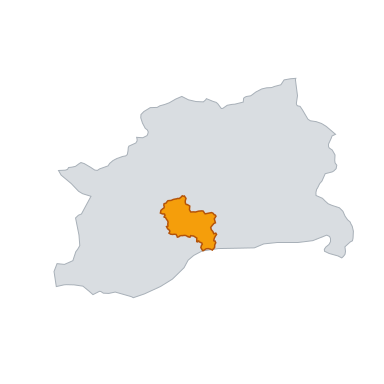 Veliko Tarnovo on a map of Bulgaria (Equal Earth projection), rotated 168°
{"feature_id": "BGR-2249", "entity_name": "Veliko Tarnovo", "entity_type": "Province", "adm_level": 1, "iso_a3": "BGR", "parent_name": "Bulgaria", "parent_adm1": "", "projection": "equal_earth", "projection_center": [25.637, 43.224], "detail": "fine", "context": "in_parent", "style": "filled", "palette": "amber", "viewbox_px": 384, "rotation_deg": 168, "n_neighbors": 0, "source": "natural_earth", "source_scale": "10m", "svg_char_len": 3805}
<svg xmlns="http://www.w3.org/2000/svg" viewBox="0 0 384 384"><g transform="rotate(168 192 192)"><path d="M318.1,240.8L311.4,239.7L309.1,240.0L307.6,241.6L304.5,241.3L300.7,241.3L296.7,243.1L294.5,243.9L291.5,242.2L286.0,237.2L282.6,233.7L280.1,232.8L277.6,233.8L268.7,235.0L266.6,237.1L262.5,239.3L258.4,240.4L252.4,241.2L249.3,241.1L247.5,242.1L246.1,245.4L245.1,248.7L244.2,250.0L236.8,251.6L235.1,253.4L234.7,255.2L234.8,257.0L228.9,255.3L224.3,256.5L223.3,257.8L222.3,259.8L222.8,262.0L224.5,264.0L226.1,269.6L226.7,275.2L225.8,278.4L222.4,280.7L215.3,283.2L208.5,282.0L205.4,283.0L200.4,283.3L195.7,284.0L188.6,286.3L182.1,287.6L176.3,282.9L169.4,279.7L162.2,277.8L159.6,279.2L158.5,280.3L152.5,276.2L149.8,274.7L148.5,273.1L146.0,267.6L144.5,267.4L139.5,269.5L134.7,269.4L131.8,269.0L123.2,269.3L122.0,273.0L120.9,273.6L119.1,274.1L114.5,273.9L108.6,276.6L102.3,278.3L97.4,278.4L92.4,277.6L89.3,278.1L82.8,278.4L78.6,282.5L72.2,282.3L66.8,281.6L67.5,280.3L68.8,264.2L71.5,257.0L71.5,255.5L70.9,254.4L68.5,253.3L66.9,249.4L63.5,239.2L61.5,237.1L55.9,235.0L51.1,232.1L47.0,228.2L39.6,218.6L43.4,217.7L44.6,215.7L48.5,210.5L49.0,207.9L48.6,206.5L46.1,203.9L44.4,198.5L45.8,193.3L46.0,190.7L44.8,188.1L46.2,184.8L48.9,183.1L50.7,182.5L57.9,182.2L62.6,175.7L65.4,173.6L68.3,169.9L69.6,168.6L70.9,165.7L71.4,162.8L65.7,158.7L63.8,155.7L61.4,152.3L58.0,149.9L51.1,145.9L48.4,141.8L47.3,136.5L45.6,132.5L43.6,129.9L43.2,127.8L42.4,125.2L42.3,120.1L44.1,113.3L45.2,110.9L47.5,110.3L53.8,106.6L54.2,102.0L55.3,99.2L57.3,97.5L59.2,96.4L62.5,99.1L70.7,103.4L74.7,106.5L74.5,108.4L72.6,110.3L68.9,112.2L66.8,114.7L66.2,117.8L66.7,119.9L69.2,121.8L84.0,119.3L99.1,120.6L119.2,124.9L132.6,126.3L142.6,124.4L160.9,127.9L178.0,131.2L194.4,132.2L203.5,129.6L210.0,126.1L215.5,119.6L229.2,110.9L242.5,106.1L259.8,102.2L271.4,100.8L273.0,102.2L287.9,110.1L294.5,110.1L299.8,111.5L301.8,113.6L303.1,114.1L310.2,112.2L313.4,116.5L318.3,122.6L326.7,125.7L334.2,127.5L336.5,127.8L344.4,127.7L343.5,142.9L338.9,150.0L331.8,147.7L322.8,149.6L318.1,157.7L315.4,160.1L312.9,162.9L311.5,173.5L311.3,190.8L307.9,192.9L304.7,193.5L291.7,208.8L299.4,213.1L302.8,216.3L308.4,225.4L316.5,235.7L318.1,240.8Z" fill="#d9dde1" stroke="#a8b0b8" stroke-width="1"/><path d="M184.1,131.0L185.9,132.3L187.7,133.2L189.8,133.5L190.9,133.2L192.9,132.4L193.6,132.3L194.0,133.0L194.9,135.8L193.8,137.9L192.8,138.7L193.0,140.1L195.5,141.9L195.6,142.7L196.3,142.8L197.0,142.1L197.7,142.5L197.3,144.3L196.9,146.0L199.6,148.6L202.4,149.6L203.0,148.4L204.2,148.4L204.6,149.1L205.3,149.1L206.1,149.9L207.0,150.7L208.7,151.2L210.4,151.3L211.6,151.6L212.9,151.6L214.3,150.9L215.7,150.9L215.9,152.3L216.4,153.8L218.1,154.4L219.8,154.5L221.7,155.2L223.1,156.6L222.0,157.7L221.9,159.1L223.5,161.1L224.1,163.5L223.4,163.6L222.7,163.6L222.4,164.5L222.4,165.6L221.8,167.0L221.7,168.5L222.3,169.9L222.9,171.3L223.1,172.3L223.7,172.9L224.4,173.1L224.3,173.9L223.2,174.8L223.5,176.2L225.5,176.7L227.3,178.0L226.2,180.5L224.1,181.7L222.9,182.1L222.2,183.2L222.3,185.0L221.7,186.4L220.5,186.4L219.4,186.7L218.4,187.8L217.3,188.5L214.1,188.1L211.9,188.6L209.7,188.6L208.6,188.5L207.6,188.7L206.7,188.5L205.8,188.3L204.0,189.1L203.1,189.8L202.3,190.3L201.5,189.7L200.3,189.7L199.2,187.0L200.3,185.0L200.7,183.6L200.7,181.9L200.1,180.9L199.2,180.7L197.1,178.7L198.2,175.2L197.4,172.7L194.4,172.2L192.9,171.7L189.5,171.9L186.3,171.5L185.0,171.0L184.4,169.3L183.7,167.9L177.1,167.8L175.8,166.8L175.0,165.2L173.9,164.5L173.6,163.3L175.8,161.1L175.5,157.0L176.5,156.8L177.4,156.5L178.2,155.8L179.1,155.2L181.1,153.4L180.9,151.0L179.8,149.0L179.4,146.7L177.3,146.8L176.8,145.4L178.3,144.0L179.7,142.3L180.8,140.1L180.5,139.4L179.7,139.3L179.3,137.4L180.7,135.7L181.4,133.1L182.6,132.1L183.9,131.3L184.1,131.0Z" fill="#f59e0b" stroke="#b45309" stroke-width="1.5"/></g></svg>